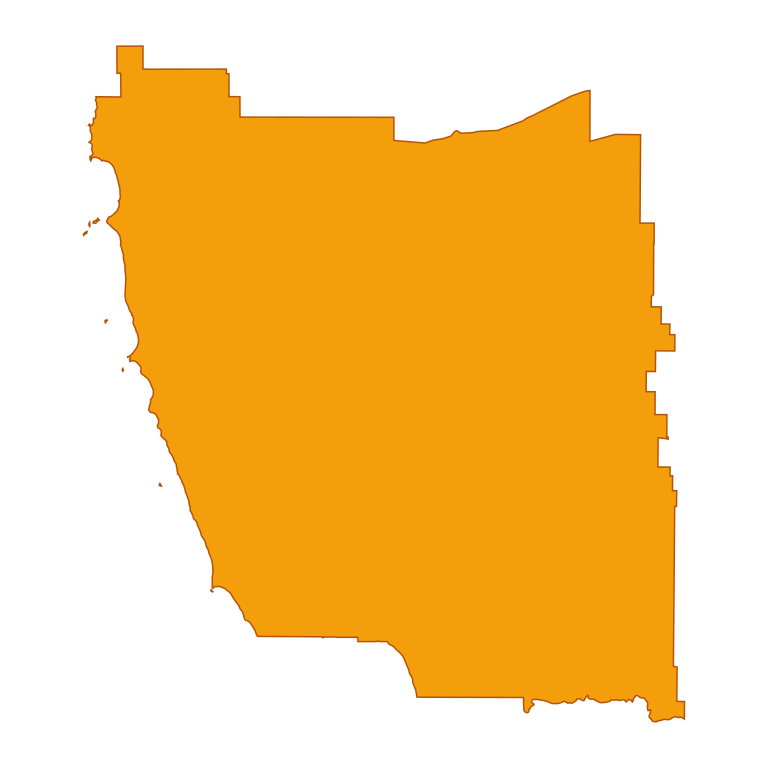 Dandaragan, Western Australia, Australia (orthographic projection)
{"feature_id": "25037944B25957721357526", "entity_name": "Dandaragan", "entity_type": "district", "adm_level": 2, "iso_a3": "AUS", "parent_name": "Australia", "parent_adm1": "Western Australia", "projection": "orthographic", "projection_center": [115.251, -30.541], "detail": "fine", "context": "isolated", "style": "filled", "palette": "amber", "viewbox_px": 768, "rotation_deg": 0, "n_neighbors": 0, "source": "geoboundaries", "source_scale": "gbopen_adm2", "svg_char_len": 6038}
<svg xmlns="http://www.w3.org/2000/svg" viewBox="0 0 768 768"><path d="M95.9,96.7L96.4,97.9L95.4,99.8L96.8,103.3L96.5,104.7L97.4,107.5L95.9,109.8L95.8,111.1L95.2,111.6L95.8,113.9L95.8,116.6L95.2,118.0L94.4,118.7L93.7,118.2L93.3,118.7L93.4,122.1L92.6,124.6L91.1,125.6L89.5,124.1L88.5,125.4L89.6,125.6L90.2,127.0L90.4,129.5L90.2,131.2L91.5,133.7L92.0,137.2L91.4,140.0L90.5,141.2L89.0,142.4L90.8,143.1L92.0,144.4L92.2,146.3L91.6,149.0L93.0,153.9L92.5,154.9L91.9,155.4L91.4,155.3L91.4,155.8L90.5,156.7L90.0,156.5L89.9,157.3L90.8,156.9L91.3,157.2L91.5,157.8L91.2,158.6L90.3,158.6L90.1,159.6L90.7,160.8L91.6,159.3L91.8,158.5L92.7,157.6L95.6,157.1L99.1,158.5L102.4,161.0L103.3,160.3L105.9,161.2L106.4,161.0L108.1,162.0L109.2,162.2L110.8,163.6L112.4,165.2L113.7,167.3L115.2,171.1L115.3,172.8L116.6,174.8L117.5,179.4L118.1,180.3L118.3,182.6L119.3,186.0L120.0,190.0L120.0,193.2L120.4,196.5L119.6,199.9L118.3,201.0L119.4,201.8L119.1,203.0L119.3,204.1L119.0,206.1L118.5,207.9L116.9,211.0L114.2,213.7L111.1,216.3L108.6,217.3L106.5,221.5L107.5,223.1L110.2,225.3L112.5,227.9L116.5,231.0L118.1,233.0L120.0,236.4L120.8,241.9L120.8,243.5L120.4,244.7L121.7,248.3L121.9,249.7L123.4,254.3L123.4,258.7L125.0,265.5L125.1,271.5L125.9,277.5L125.0,295.2L125.4,298.9L125.9,301.3L128.2,306.2L129.3,309.8L131.5,313.5L131.7,314.2L131.6,314.9L132.4,315.6L132.9,316.6L133.7,320.0L133.1,321.4L133.1,323.3L135.8,329.5L136.1,331.3L137.4,333.4L138.3,337.7L138.5,340.7L138.3,343.2L136.9,347.5L133.0,352.9L130.1,355.8L127.7,356.7L127.7,357.2L129.7,356.3L129.7,357.0L130.2,357.8L130.3,358.6L129.5,359.6L130.0,360.5L129.9,361.4L132.7,360.6L136.1,361.7L140.2,366.1L141.2,368.3L140.6,371.2L141.3,373.6L145.4,376.6L145.9,377.4L146.6,377.5L147.7,378.6L150.0,382.2L151.5,386.1L152.7,388.4L153.4,391.1L153.2,395.1L152.0,397.7L150.6,399.5L150.5,403.1L149.6,405.3L148.7,410.1L150.2,412.2L153.4,412.9L155.5,414.1L156.8,416.0L157.5,417.9L158.6,419.6L158.4,423.7L157.4,425.5L157.6,427.0L158.0,427.8L160.0,429.0L161.1,430.4L161.4,432.1L160.9,435.4L162.2,437.3L165.9,440.5L167.0,442.8L167.0,445.1L168.9,448.7L169.4,451.9L171.7,454.9L172.8,456.9L174.1,460.5L176.2,464.0L176.5,467.0L177.2,469.3L177.1,470.9L177.9,473.0L177.4,473.9L179.2,475.2L180.1,477.6L182.0,481.2L181.8,481.9L182.5,482.6L184.3,487.0L185.1,489.6L185.3,491.7L186.1,493.2L188.9,501.2L189.0,503.0L189.4,504.2L189.3,505.4L190.2,507.4L190.1,510.8L191.6,512.6L191.6,513.6L192.3,514.3L193.1,516.2L193.4,518.5L195.8,520.8L196.9,522.6L197.3,524.7L199.9,530.4L201.4,535.5L205.0,541.2L206.4,546.5L208.2,549.9L209.0,553.2L211.4,558.8L212.6,565.1L213.0,572.5L212.2,577.7L212.3,588.1L212.8,588.4L214.3,586.9L215.6,586.6L219.1,586.5L220.5,586.8L224.8,588.5L230.4,593.1L233.8,598.9L239.0,606.0L240.3,609.3L242.2,611.3L243.5,614.7L243.9,617.0L244.8,619.3L245.4,620.1L248.3,621.2L250.3,623.0L251.5,624.7L255.0,630.4L256.2,633.9L257.5,636.4L322.7,636.8L322.7,637.7L324.1,637.1L331.6,637.0L335.4,637.0L336.4,637.3L357.5,637.3L357.9,637.8L357.9,641.6L375.6,641.6L378.2,641.1L380.3,641.6L387.4,641.6L388.6,643.8L393.6,646.6L395.9,649.2L400.9,653.7L403.3,656.8L408.8,670.0L409.6,673.7L411.2,676.1L412.6,679.0L412.8,680.0L412.5,682.0L415.7,689.9L417.0,697.2L523.3,697.5L523.6,698.8L523.5,703.8L524.0,710.5L524.9,711.9L527.1,712.8L528.3,712.3L529.3,709.6L530.9,706.8L533.9,704.9L534.0,704.4L533.7,703.9L532.1,702.9L531.4,701.7L532.1,700.1L534.2,699.4L537.6,699.5L544.0,700.6L548.6,702.0L552.1,703.6L557.9,703.6L561.5,702.5L563.9,701.3L565.3,701.6L567.6,703.1L570.5,702.9L572.1,703.2L576.1,700.8L576.7,699.3L577.7,698.8L580.0,699.0L582.8,700.6L583.9,700.7L585.6,697.5L587.5,695.5L588.2,695.9L588.2,697.9L589.0,698.6L591.1,699.2L594.0,699.2L595.3,700.4L600.4,702.7L605.6,702.4L610.0,701.3L610.8,700.2L611.7,700.0L615.7,700.1L617.6,699.8L619.4,700.6L623.8,699.6L624.9,700.3L625.2,701.1L626.2,701.9L628.9,699.4L631.6,700.5L631.9,701.7L632.3,702.0L633.3,700.4L633.8,698.0L635.2,696.8L635.6,695.7L636.9,695.5L638.1,695.9L640.4,697.8L641.9,697.7L644.3,698.3L647.3,702.0L647.7,703.7L647.3,707.5L647.9,710.5L648.2,710.7L650.4,709.9L650.7,710.5L650.2,713.3L649.2,715.4L649.2,716.9L649.8,718.1L650.5,718.3L652.6,721.4L654.8,721.6L655.3,721.9L657.0,721.5L657.4,720.9L658.7,720.9L664.2,719.4L669.0,719.7L671.0,718.8L671.8,718.0L675.6,716.5L677.8,717.5L680.9,717.2L681.8,717.4L684.4,719.1L684.5,701.5L676.8,701.4L677.1,667.0L673.4,666.3L674.7,506.3L676.5,506.3L676.7,490.7L672.5,490.7L672.6,475.8L670.0,475.8L670.1,467.1L657.9,467.0L658.1,437.7L666.4,438.7L668.0,439.2L667.7,438.2L668.1,438.5L668.1,437.1L666.8,437.1L666.9,414.6L655.0,414.6L655.1,391.7L646.1,391.7L646.3,371.5L655.4,371.5L655.6,350.8L674.8,351.0L674.9,334.7L669.7,334.6L669.9,324.1L661.1,324.0L661.2,306.9L651.2,306.8L651.4,296.2L653.5,294.8L653.7,243.6L654.1,243.6L654.2,223.1L640.0,223.1L640.6,134.7L615.4,134.4L589.9,141.4L590.0,90.5L585.1,91.2L571.8,95.8L531.8,116.0L527.2,117.9L523.1,120.8L497.6,130.4L477.0,131.5L473.2,132.6L461.6,133.2L460.6,133.0L457.4,130.9L456.4,130.7L454.7,131.5L450.9,136.1L442.7,138.7L432.9,140.2L424.7,143.2L421.8,142.7L395.9,140.7L393.9,140.2L393.9,117.3L240.0,117.1L239.9,96.7L229.0,96.6L229.0,73.7L226.3,73.6L226.4,69.1L147.6,69.2L143.0,68.9L143.0,46.1L116.9,46.2L117.0,73.3L120.7,73.3L120.9,97.0L95.9,96.7ZM93.1,223.1L95.9,223.1L97.4,221.2L99.4,220.1L97.7,218.4L97.1,219.6L93.5,221.6L93.2,221.9L93.1,223.1ZM87.1,231.5L86.7,231.3L85.7,232.8L84.9,232.5L84.3,233.5L83.5,233.9L83.7,235.3L85.7,233.5L86.7,233.3L86.7,232.3L87.1,231.5ZM105.1,320.4L105.4,321.2L105.0,321.9L105.2,322.8L105.6,322.9L105.9,322.6L105.8,321.5L106.3,321.3L106.2,320.8L107.0,320.8L107.4,320.4L107.1,319.9L106.2,320.3L105.5,320.1L105.1,320.4ZM160.4,486.0L161.5,486.0L160.3,484.2L160.3,483.7L159.8,483.5L159.7,484.7L159.2,484.8L159.2,485.3L160.2,485.6L160.4,486.0ZM89.2,223.9L89.0,225.4L89.7,226.5L90.0,224.9L89.6,222.3L88.9,223.7L88.9,224.0L89.2,223.9ZM122.4,368.9L122.3,370.8L122.9,371.3L123.5,369.9L122.9,369.3L122.7,368.5L122.4,368.9ZM212.6,591.9L212.9,591.4L211.6,590.8L211.3,589.8L211.1,589.7L210.8,590.3L211.2,591.1L212.6,591.9Z" fill="#f59e0b" stroke="#b45309" stroke-width="1.5"/></svg>